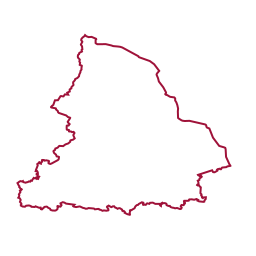 the Region of Sverdlovsk, rotated 5°
{"feature_id": "RUS-2386", "entity_name": "Sverdlovsk", "entity_type": "Region", "adm_level": 1, "iso_a3": "RUS", "parent_name": "Russia", "parent_adm1": "", "projection": "natural_earth1", "projection_center": [60.591, 59.024], "detail": "fine", "context": "isolated", "style": "outline", "palette": "rose", "viewbox_px": 256, "rotation_deg": 5, "n_neighbors": 0, "source": "natural_earth", "source_scale": "10m", "svg_char_len": 5788}
<svg xmlns="http://www.w3.org/2000/svg" viewBox="0 0 256 256"><g transform="rotate(5 128 128)"><path d="M32.2,215.4L29.8,215.4L28.0,214.6L27.9,214.0L28.4,213.4L28.5,213.0L28.0,212.2L26.8,211.0L27.3,209.2L27.2,208.7L26.2,207.4L24.8,207.0L25.3,206.0L25.6,204.5L25.1,203.6L26.4,201.2L26.3,200.8L25.8,199.9L27.1,199.0L27.5,198.4L27.2,198.1L26.0,197.8L25.5,196.9L24.8,196.4L24.9,195.5L24.3,195.0L22.7,192.5L24.6,190.8L25.6,190.3L27.1,190.5L27.9,190.0L28.2,190.8L28.4,191.0L30.8,191.4L31.5,191.0L32.9,190.6L34.0,189.8L35.2,190.0L35.5,189.7L35.7,188.9L37.0,188.9L37.2,188.0L38.4,186.0L38.9,186.3L39.3,186.1L39.9,186.1L40.5,185.5L41.1,185.3L41.4,185.7L40.5,186.3L41.3,186.4L41.7,186.7L42.3,186.3L42.9,186.5L43.1,185.8L42.9,185.3L41.9,185.0L41.8,184.6L42.0,184.4L43.6,184.4L43.7,184.2L42.2,183.8L42.0,183.4L42.2,182.4L41.0,182.2L41.0,181.7L41.8,181.5L42.2,180.9L41.9,179.8L41.5,179.3L40.2,179.1L40.7,178.5L39.9,178.0L41.3,173.3L41.3,173.0L40.8,172.1L40.8,171.7L41.9,170.9L42.5,169.8L42.7,169.7L43.0,169.8L43.2,170.4L43.6,171.0L44.3,171.1L44.2,170.6L45.5,168.8L45.1,167.8L45.1,167.5L45.5,167.3L47.1,167.2L47.8,167.8L49.3,167.3L51.7,167.6L52.1,167.8L52.2,168.3L51.8,169.5L51.9,170.0L52.2,170.2L53.7,170.6L55.0,170.0L60.9,166.1L61.5,165.4L61.7,164.9L61.8,163.4L61.7,162.8L61.1,162.6L59.4,162.5L58.6,160.8L56.6,159.4L55.8,157.9L55.9,157.2L57.2,156.2L57.4,154.8L59.5,153.8L60.0,153.3L60.7,152.2L61.3,151.8L65.0,151.7L67.1,149.8L69.8,148.6L71.6,146.8L71.6,145.6L71.8,145.3L74.3,144.4L75.8,143.0L74.2,140.1L74.2,139.6L75.1,137.7L75.0,137.4L74.1,136.6L72.6,137.0L71.4,136.4L69.8,136.6L69.5,136.5L69.2,135.1L67.5,135.1L67.1,134.7L66.8,132.5L66.8,131.1L67.2,130.8L68.6,130.7L69.5,129.2L67.7,127.7L67.4,127.1L69.4,123.4L69.5,122.9L69.4,122.8L67.2,122.3L65.4,120.9L57.7,119.0L57.0,118.4L56.6,117.2L54.7,115.8L54.5,114.9L54.3,114.7L50.1,114.3L49.6,114.1L49.5,113.8L50.3,112.7L51.6,111.5L52.8,106.8L55.8,106.4L58.0,102.2L58.5,102.0L60.5,102.2L61.0,102.1L62.2,100.0L65.5,100.0L64.4,98.1L66.8,96.7L66.5,95.1L66.6,94.6L68.1,93.5L68.0,92.7L68.2,92.0L69.9,90.0L69.9,89.6L69.4,88.1L69.4,87.1L70.9,85.1L71.1,83.9L73.3,82.5L74.7,80.7L74.8,79.0L75.7,76.7L75.7,75.3L76.6,73.8L76.4,72.5L76.6,70.1L76.3,69.8L75.0,69.6L74.4,69.3L74.6,67.0L73.8,66.2L73.7,65.8L74.0,64.6L74.0,64.0L72.1,62.3L71.8,61.5L71.8,60.1L72.0,59.4L72.8,58.7L72.8,57.9L73.0,57.4L75.5,55.8L75.0,54.6L75.0,54.2L75.7,53.5L75.5,52.7L75.1,50.6L74.1,49.5L73.8,48.9L75.0,46.1L74.8,45.7L73.8,44.8L73.7,44.1L73.9,43.2L75.0,41.7L76.5,40.4L77.1,39.2L78.4,40.2L80.9,40.9L83.8,40.4L88.4,41.9L88.6,42.3L88.2,42.8L88.1,43.4L88.3,46.2L88.5,46.4L90.1,47.2L98.6,46.4L104.2,47.2L106.1,47.7L110.9,47.7L113.1,47.8L115.3,48.3L132.1,55.6L132.4,56.2L132.8,56.5L143.9,59.4L148.5,62.2L154.1,68.4L152.3,70.9L151.8,72.0L151.9,72.6L153.6,75.8L154.7,79.0L159.6,84.4L162.7,89.1L162.9,89.8L162.2,90.8L162.2,91.1L162.9,91.6L164.2,91.8L166.8,93.1L167.7,93.3L171.5,93.5L172.4,94.4L172.6,96.5L173.9,98.2L175.1,100.8L176.2,104.2L176.2,107.1L177.0,113.6L177.8,114.2L180.7,115.7L181.8,116.0L183.9,116.1L188.6,115.5L204.4,117.7L205.2,118.0L205.7,118.7L206.0,119.9L206.7,120.7L209.1,121.4L213.5,130.2L220.4,137.9L225.4,138.9L226.6,139.3L227.1,140.6L228.2,148.2L232.2,155.3L233.3,156.6L233.3,156.8L230.3,157.6L229.4,158.4L225.3,159.2L224.6,159.9L224.4,160.8L224.2,161.0L223.4,161.0L222.7,160.6L220.9,161.2L220.4,161.7L220.9,162.3L220.8,162.7L218.2,164.5L217.5,164.6L216.6,164.5L215.5,162.8L201.8,168.6L202.0,168.9L203.0,169.2L203.4,169.6L205.0,169.3L205.7,170.1L205.4,170.6L203.8,171.9L203.6,172.4L203.6,173.5L202.1,174.4L202.8,175.7L203.1,177.4L201.9,178.5L201.8,178.8L202.6,179.2L203.5,179.0L203.9,179.0L204.6,180.1L205.4,180.5L205.7,180.8L205.8,186.4L205.9,186.8L207.0,187.7L206.8,188.9L207.8,189.7L207.8,190.8L208.7,191.3L209.7,190.5L211.6,190.2L211.6,192.0L210.5,193.5L210.4,194.7L209.6,195.0L205.2,194.9L203.6,194.3L204.1,193.5L202.4,192.8L200.2,193.7L197.8,193.5L195.4,193.8L195.1,194.0L194.9,195.0L194.1,195.3L190.4,195.6L190.1,196.0L190.4,197.2L191.2,197.5L191.3,198.2L191.1,198.5L190.4,198.8L190.4,199.6L190.1,200.0L189.6,200.1L188.1,200.0L187.7,200.5L187.4,201.2L187.4,201.6L188.4,202.6L188.1,203.7L187.6,204.0L186.9,204.2L183.8,203.4L181.9,203.9L180.3,203.5L179.2,203.5L177.3,203.0L176.5,202.0L175.0,202.1L173.2,201.5L173.0,201.2L173.0,200.4L172.6,200.0L171.2,199.6L169.7,199.9L168.8,199.4L168.1,199.9L168.3,200.8L167.5,201.4L167.6,202.8L167.0,202.5L166.4,201.8L166.4,200.8L162.2,201.2L161.5,201.1L159.2,200.2L156.5,200.6L155.9,201.7L153.8,201.4L153.3,201.6L152.4,203.0L151.7,203.0L150.8,202.8L150.3,203.2L149.8,203.2L149.5,202.5L149.5,202.0L149.9,201.4L149.8,201.1L148.3,200.8L145.3,202.8L144.7,203.7L143.4,204.1L142.1,205.6L141.5,207.4L139.5,208.8L138.7,209.5L137.4,209.6L137.1,210.1L137.4,211.0L137.0,212.4L137.5,213.7L137.3,214.3L134.9,213.9L132.1,212.8L132.3,212.1L132.1,211.8L131.0,211.0L130.3,211.3L129.5,210.9L129.2,209.8L127.1,208.7L126.5,208.6L125.6,208.8L124.6,209.4L123.3,208.6L122.3,208.5L121.0,207.2L119.6,207.4L118.6,208.2L118.2,208.3L115.5,207.0L114.0,208.1L113.9,208.5L115.4,210.3L115.7,211.5L115.5,211.8L113.6,212.3L111.2,212.2L109.8,212.7L107.9,211.9L106.6,211.8L106.0,211.2L105.3,211.2L102.1,211.9L101.3,211.3L100.6,211.2L95.7,211.2L94.3,211.9L92.9,212.1L91.7,211.7L90.1,211.5L87.1,210.4L86.4,210.4L83.2,211.3L80.8,211.0L80.2,210.7L80.3,210.1L81.2,209.1L72.8,208.7L71.3,207.9L69.5,207.6L67.3,208.9L67.3,209.2L68.5,210.6L67.7,212.1L67.3,212.3L66.2,212.0L64.6,211.9L64.5,212.1L64.6,212.7L65.1,213.3L64.8,213.9L64.7,215.1L63.4,216.3L62.7,216.6L60.3,216.8L58.5,216.5L57.9,216.2L57.4,215.2L55.0,214.2L54.5,213.6L53.7,213.4L51.6,213.9L50.8,215.1L49.9,215.6L49.7,216.4L49.1,216.6L48.3,216.4L47.9,214.9L47.5,214.9L46.9,215.2L46.0,215.1L42.7,214.1L42.0,214.8L38.6,214.9L38.0,214.2L36.1,213.8L33.3,214.3L32.2,215.4Z" fill="none" stroke="#9f1239" stroke-width="2"/></g></svg>